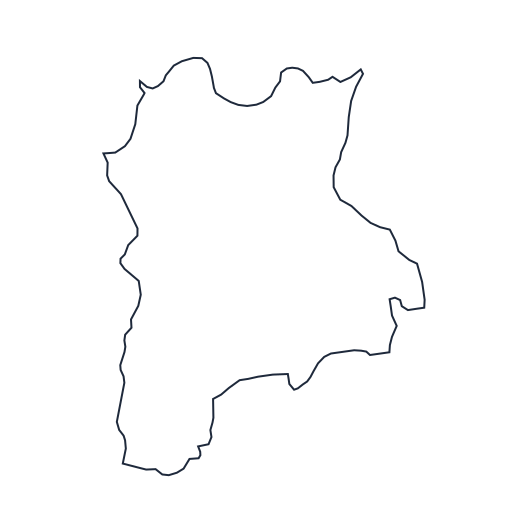 Gugark, Lori, Armenia (Mercator projection), rotated 82°
{"feature_id": "60910142B58118729111038", "entity_name": "Gugark", "entity_type": "district", "adm_level": 2, "iso_a3": "ARM", "parent_name": "Armenia", "parent_adm1": "Lori", "projection": "mercator", "projection_center": [44.544, 40.817], "detail": "fine", "context": "isolated", "style": "outline", "palette": "slate", "viewbox_px": 512, "rotation_deg": 82, "n_neighbors": 0, "source": "geoboundaries", "source_scale": "gbopen_adm2", "svg_char_len": 2144}
<svg xmlns="http://www.w3.org/2000/svg" viewBox="0 0 512 512"><g transform="rotate(82 256 256)"><path d="M66.6,346.6L72.7,347.4L79.1,343.7L80.3,344.5L90.5,352.5L108.7,357.2L122.5,364.0L129.0,370.5L134.0,381.0L133.5,388.9L133.2,392.8L142.9,389.9L155.5,392.2L161.5,391.0L176.0,381.1L212.2,369.5L219.4,370.6L227.4,381.0L236.2,385.7L239.8,390.5L244.2,391.3L250.5,388.0L264.4,375.6L278.3,375.5L289.0,379.5L301.4,388.6L309.7,389.3L315.7,396.5L321.3,398.1L327.7,398.0L332.8,399.6L345.2,405.6L350.0,405.9L356.7,403.9L363.2,404.0L400.9,416.9L409.2,415.7L415.5,412.1L420.3,411.3L428.6,411.7L443.0,416.8L448.8,402.8L452.2,394.5L453.1,385.1L459.3,379.2L460.9,372.9L459.6,364.5L456.5,357.3L447.7,350.1L448.3,341.0L445.5,338.8L442.1,338.5L436.5,339.8L435.8,329.2L429.1,325.3L422.0,325.4L415.0,322.3L410.3,320.7L394.9,318.8L391.6,318.4L388.4,309.8L382.9,301.2L376.7,289.5L376.6,280.8L375.8,270.7L375.8,262.8L375.8,255.8L377.3,240.9L382.0,240.8L387.4,240.8L393.7,236.9L392.9,233.0L389.7,227.5L387.4,222.8L383.4,218.9L378.0,215.0L370.9,209.5L365.4,202.5L363.0,195.4L363.0,190.7L363.0,182.1L363.0,171.9L364.4,165.0L364.5,164.8L364.8,163.8L366.0,160.1L369.9,156.9L369.9,151.4L369.9,144.4L369.9,137.3L362.8,135.8L355.0,132.6L344.8,126.4L333.9,129.6L324.5,129.6L317.4,129.7L316.6,124.2L319.7,119.4L326.0,118.6L330.7,113.1L330.6,103.7L330.6,96.6L322.8,95.1L317.3,95.1L304.8,95.1L286.0,97.6L281.3,104.7L271.2,114.2L260.2,115.8L248.5,119.8L244.7,129.2L239.2,137.9L230.7,145.8L219.8,154.5L212.0,164.7L198.7,169.5L187.0,168.0L179.2,164.9L172.1,159.5L165.0,157.2L156.4,151.7L149.3,148.6L131.3,144.8L115.7,140.2L102.3,133.3L90.5,124.7L85.8,126.3L92.2,137.3L95.4,148.2L89.2,155.3L91.5,160.0L92.4,168.7L92.4,175.7L86.2,178.9L84.0,180.4L79.2,183.7L76.1,188.4L74.6,193.9L74.6,199.4L77.8,205.6L86.4,207.9L91.9,213.4L99.8,218.8L104.5,227.4L106.2,234.5L106.2,243.9L103.9,252.5L100.1,259.6L95.4,265.9L94.5,266.9L89.2,273.0L83.6,274.3L82.4,274.3L72.1,274.7L64.3,275.5L58.0,277.2L52.6,281.9L51.1,290.5L52.3,298.8L52.8,302.3L56.0,310.9L61.7,317.0L64.1,319.7L64.6,320.2L70.1,323.3L74.1,329.5L75.7,335.0L73.4,340.5L66.6,346.6Z" fill="none" stroke="#1e293b" stroke-width="2"/></g></svg>